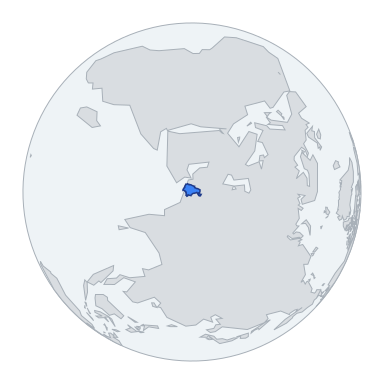 Sistan and Baluchestan highlighted on a globe, orthographic projection, rotated 108°
{"feature_id": "IRN-3247", "entity_name": "Sistan and Baluchestan", "entity_type": "Province", "adm_level": 1, "iso_a3": "IRN", "parent_name": "Iran", "parent_adm1": "", "projection": "orthographic", "projection_center": [61.271, 28.254], "detail": "medium", "context": "on_globe", "style": "filled", "palette": "blue", "viewbox_px": 384, "rotation_deg": 108, "n_neighbors": 0, "source": "natural_earth", "source_scale": "10m", "svg_char_len": 11877}
<svg xmlns="http://www.w3.org/2000/svg" viewBox="0 0 384 384"><g transform="rotate(108 192 192)"><circle cx="192" cy="192" r="169" fill="#eef3f6" stroke="#a8b0b8"/><path d="M224.4,26.2L231.1,27.7L239.2,29.8L234.9,28.8L252.4,34.2L262.8,38.7L249.0,33.0L246.1,32.1L252.2,34.6L250.5,34.2L252.5,35.4L249.9,35.0L242.0,32.2L240.2,32.0L244.6,33.9L244.8,34.9L238.6,32.2L238.3,33.9L225.1,30.8L210.6,25.7L201.2,25.4L180.9,24.3L180.7,24.8L172.9,25.3L169.8,26.2L166.9,26.2L167.0,27.0L170.2,26.9L171.3,27.3L169.8,27.9L165.8,27.9L166.0,27.5L164.1,27.9L162.7,27.7L162.5,28.2L157.9,28.3L160.2,29.2L154.6,30.3L152.1,30.2L155.4,28.8L157.9,26.6L156.9,26.7L170.3,24.4L183.8,23.2L197.4,23.1L210.9,24.1L224.4,26.2ZM130.4,34.7L129.4,35.2L135.5,33.1L135.9,33.2L140.9,32.0L136.8,33.8L130.2,36.4L125.8,37.7L122.8,39.0L124.2,39.5L113.5,43.9L102.0,51.0L99.6,52.2L99.7,51.0L106.4,46.3L118.2,40.0L130.4,34.7ZM103.8,47.9L103.1,48.3L99.7,50.4L103.8,47.9ZM93.9,54.4L93.1,55.0L94.1,54.4L91.3,56.4L92.0,55.8L93.9,54.4ZM245.3,31.7L241.9,30.6L245.8,31.8L245.3,31.7ZM253.2,35.7L254.7,36.2L255.1,36.6L253.2,35.7ZM142.8,31.1L141.8,31.6L141.4,31.5L142.8,31.1ZM145.8,30.4L146.0,30.0L147.5,29.6L147.3,29.8L145.8,30.4ZM251.5,36.5L251.6,37.2L250.1,35.9L251.5,36.5ZM145.3,30.9L150.1,29.0L152.7,28.4L154.3,28.7L145.3,30.9ZM250.8,37.4L251.2,39.7L254.7,40.9L245.2,39.3L248.0,37.6L245.6,35.6L248.7,37.0L250.8,37.4ZM171.9,26.6L168.4,26.7L172.7,26.1L171.9,26.6ZM174.4,26.1L186.2,24.4L190.6,24.8L185.8,25.1L192.6,25.5L189.0,26.5L184.4,26.5L182.3,26.0L182.5,26.9L174.4,26.1ZM239.9,38.3L238.8,38.6L238.4,37.8L239.9,38.3ZM172.1,27.4L174.1,26.9L178.0,27.1L174.8,28.3L174.5,27.8L172.1,27.4ZM196.2,25.3L198.6,25.9L196.3,26.8L196.9,27.2L189.3,26.6L196.2,25.3ZM172.9,28.1L173.0,28.9L169.8,29.4L170.4,28.0L172.9,28.1ZM180.4,26.8L182.2,27.0L180.1,27.2L180.4,26.8ZM158.3,32.4L160.6,31.4L162.9,31.4L158.3,32.4ZM173.3,29.2L174.5,29.0L175.6,29.0L175.0,29.7L173.3,29.2ZM188.2,27.4L186.8,27.8L191.2,27.7L189.7,28.6L184.9,28.2L186.3,28.8L185.9,29.1L182.5,28.4L188.2,27.4ZM177.9,30.4L171.3,30.5L166.6,32.1L164.4,32.1L172.4,29.6L177.9,30.4ZM180.9,29.2L178.6,29.9L177.1,29.4L177.7,28.6L180.9,29.2ZM190.4,29.5L194.0,28.2L194.9,28.4L190.4,29.5ZM176.9,30.9L178.5,30.9L176.7,31.1L176.9,30.9ZM186.6,30.0L187.7,29.4L188.7,29.6L186.6,30.0ZM180.8,31.5L178.7,31.4L179.0,30.8L180.8,31.5ZM183.7,30.9L184.8,31.3L180.4,30.6L184.0,30.6L183.7,30.9ZM187.4,30.3L188.3,30.2L186.7,30.5L187.4,30.3ZM180.6,34.0L175.0,33.3L175.8,31.9L181.2,32.7L180.6,34.0ZM31.6,197.5L31.7,169.1L35.3,162.3L38.5,151.6L65.6,130.2L68.5,135.5L86.5,141.1L88.2,143.6L83.0,151.1L94.0,168.2L101.3,163.0L114.4,173.6L125.1,176.3L134.5,161.3L116.9,156.6L117.0,147.9L133.5,145.0L149.3,149.7L149.9,146.5L142.5,137.5L148.8,133.0L140.2,134.0L141.7,137.7L136.4,138.7L134.7,135.4L137.0,133.8L133.0,131.2L123.2,140.4L123.6,145.1L111.5,143.5L111.1,151.5L106.8,153.8L105.9,141.3L108.1,137.5L104.2,122.7L100.9,126.4L104.3,140.8L102.0,138.9L97.6,144.8L99.2,138.9L96.3,122.8L87.1,121.2L70.8,131.8L66.4,130.3L64.8,124.4L75.5,109.8L84.1,115.0L88.0,110.6L90.2,101.8L92.6,104.4L94.6,101.6L98.3,103.5L107.3,99.5L111.6,100.8L119.0,93.3L122.2,93.2L116.9,97.5L115.6,101.6L126.7,105.7L130.0,104.8L133.9,99.8L136.5,101.8L138.8,96.5L147.1,96.9L138.9,92.2L143.3,86.9L150.3,84.3L150.3,81.9L138.8,86.3L135.6,88.9L135.1,92.4L124.9,99.8L120.3,99.8L125.4,89.4L119.3,88.5L126.0,81.5L152.9,72.8L162.2,72.7L169.6,83.3L165.3,86.0L160.4,83.4L161.4,90.5L163.0,87.6L165.2,89.6L169.8,85.7L171.6,86.9L173.1,81.3L175.8,82.4L174.8,86.0L184.0,81.8L190.5,83.3L191.8,81.9L191.3,79.8L199.9,83.5L200.5,82.3L197.8,80.6L197.2,77.1L199.4,72.7L202.3,74.2L201.9,76.0L205.3,82.4L203.8,87.3L205.2,87.6L207.2,83.6L203.0,75.8L203.5,72.8L206.2,76.1L205.3,74.6L206.4,73.6L210.3,74.2L207.7,70.5L216.6,59.0L224.9,59.5L226.3,63.4L235.6,58.6L244.3,60.5L241.8,58.7L244.6,55.9L241.9,55.2L240.9,54.2L246.9,47.9L250.5,47.9L250.3,44.2L249.0,43.5L246.3,43.1L245.2,39.3L254.7,40.9L257.0,42.4L261.4,42.8L266.2,46.5L272.1,50.2L274.9,54.7L279.4,57.6L280.5,57.5L287.5,61.6L297.8,71.5L284.3,64.0L267.8,51.5L274.1,56.4L271.1,55.6L272.4,57.7L277.0,61.4L278.5,61.5L277.8,70.9L285.7,83.3L288.9,80.5L293.9,82.8L305.7,96.9L310.9,121.6L317.6,126.7L320.0,131.2L318.6,135.6L315.0,129.1L310.9,128.3L309.1,124.2L305.6,129.9L302.9,124.3L301.5,131.9L305.3,135.5L309.4,132.2L309.3,141.7L317.3,147.2L321.5,156.4L319.0,177.1L311.6,186.1L311.9,189.3L307.3,187.4L303.7,195.3L314.3,209.4L314.8,214.4L307.8,226.7L307.2,223.2L295.0,218.1L294.6,230.4L303.9,237.1L307.1,247.2L300.7,245.9L297.2,237.2L292.9,235.0L292.8,224.7L286.8,210.7L280.2,215.4L279.5,209.2L270.2,198.2L260.2,204.5L245.0,223.9L245.0,239.8L238.9,247.4L226.5,226.1L223.0,210.8L217.2,212.7L205.6,200.1L181.7,199.2L179.5,195.0L174.7,196.8L166.7,192.1L163.7,185.1L158.3,185.1L166.6,203.5L172.5,203.6L179.0,197.2L180.1,203.6L188.0,209.5L175.1,223.9L141.6,233.8L140.3,221.6L125.1,185.1L126.7,181.5L126.7,181.1L126.7,180.3L123.2,185.9L121.3,178.7L127.3,203.8L127.4,213.9L141.1,234.4L139.4,236.0L144.4,240.4L162.9,238.0L162.5,241.9L152.6,258.6L128.7,278.0L133.1,293.3L133.3,304.9L121.1,309.7L124.9,318.5L118.9,319.8L120.3,324.3L117.1,327.5L110.6,329.1L96.8,324.0L93.8,319.9L83.7,309.2L68.7,284.3L69.9,275.8L67.8,267.0L58.0,243.6L60.0,233.8L57.9,227.8L53.4,226.3L51.2,219.1L48.7,217.2L34.5,209.0L31.6,197.5ZM53.0,144.2L51.4,147.2L53.0,144.2ZM164.0,163.2L174.8,165.2L173.4,154.4L177.5,154.5L175.5,151.0L173.3,153.7L169.1,144.3L175.0,142.0L175.5,137.5L171.9,136.7L161.7,142.6L167.7,155.8L163.7,159.6L164.0,163.2ZM96.2,52.8L94.7,53.9L94.8,53.8L96.2,52.8ZM90.6,58.1L86.3,61.1L89.5,58.7L88.8,58.8L94.6,54.2L98.7,52.7L95.8,54.0L90.6,58.1ZM103.4,48.2L99.3,50.9L103.7,48.1L103.4,48.2ZM101.9,86.4L101.8,88.9L98.5,91.4L93.1,90.9L97.9,87.2L101.9,86.4ZM102.5,92.1L109.1,82.6L112.8,83.0L109.6,84.3L111.4,85.5L106.7,88.0L103.8,98.1L100.7,101.0L92.3,97.7L96.8,97.0L96.6,94.3L102.5,92.1ZM119.5,62.0L122.4,59.0L126.6,63.4L123.4,65.8L117.8,65.1L118.2,61.9L119.5,62.0ZM147.4,32.3L148.2,31.7L149.3,31.6L149.5,32.0L147.4,32.3ZM159.2,31.9L144.8,35.3L145.1,34.6L136.4,38.0L133.6,37.6L139.4,35.4L130.7,37.9L134.8,35.8L128.9,37.8L141.9,32.8L145.2,31.3L142.6,33.0L145.0,33.3L147.1,33.0L155.3,31.1L163.6,28.6L167.4,28.8L167.8,29.7L166.4,30.3L164.4,29.9L163.9,31.1L160.0,31.0L159.2,31.9ZM170.8,45.8L169.1,43.9L167.5,48.3L163.5,47.4L163.6,48.0L159.4,48.5L154.6,50.2L153.2,49.5L151.9,50.5L149.1,51.0L146.9,52.2L143.7,51.5L140.6,53.0L140.8,51.9L136.5,54.8L138.3,52.3L134.9,53.1L134.9,55.1L123.1,50.2L116.8,50.8L110.5,52.9L114.5,49.0L122.9,44.8L132.7,41.6L138.3,41.9L139.1,40.3L142.0,40.1L140.1,41.4L144.7,39.3L146.5,39.5L155.4,37.9L160.7,35.2L164.1,34.8L162.9,36.0L167.1,34.8L167.2,36.9L169.6,36.7L172.0,38.8L168.4,41.6L171.4,41.2L173.4,43.1L170.8,45.8ZM181.1,34.6L177.7,37.6L173.8,38.8L171.1,34.7L168.9,34.6L167.1,32.5L172.7,31.0L172.7,31.7L174.0,32.0L171.7,32.3L174.6,32.4L174.7,33.4L176.9,33.8L175.2,34.6L181.1,34.6ZM92.1,141.6L93.8,142.8L96.9,143.7L94.2,147.7L92.1,141.6ZM89.9,130.7L91.8,130.9L89.4,136.5L87.6,135.4L89.9,130.7ZM94.8,126.6L92.0,130.5L92.5,127.8L94.8,126.6ZM118.8,97.6L121.0,97.8L120.4,99.1L118.3,100.5L118.8,97.6ZM165.1,60.2L164.8,58.6L165.9,58.2L168.5,54.7L171.6,55.3L171.3,57.7L165.1,60.2ZM130.3,163.3L126.1,165.5L125.0,163.6L126.6,163.2L130.3,163.3ZM108.3,156.6L112.4,160.2L107.5,157.7L108.3,156.6ZM169.0,60.3L169.7,58.7L170.8,60.0L169.0,60.3ZM174.1,55.6L175.7,56.9L172.3,55.0L174.1,55.6ZM206.9,356.1L209.1,356.6L206.2,356.8L206.9,356.1ZM161.5,306.9L154.5,325.1L146.6,324.1L143.6,318.4L145.0,307.1L153.6,304.7L157.4,299.5L161.5,306.9ZM332.8,258.9L335.4,257.7L335.2,258.5L332.8,258.9ZM330.2,258.3L333.4,256.6L329.5,260.1L330.2,258.3ZM334.6,255.9L337.8,252.6L339.2,250.6L338.8,252.1L334.6,255.9ZM328.0,259.7L314.4,266.2L308.7,266.8L310.4,263.8L319.6,260.4L328.0,259.7ZM309.9,263.9L300.8,260.4L286.1,243.8L291.4,242.7L306.3,250.6L305.4,253.1L311.0,256.6L309.9,263.9ZM330.8,241.4L329.9,248.3L322.7,251.5L319.3,252.1L316.9,244.8L318.3,239.9L321.2,238.7L330.8,218.6L334.5,220.3L331.9,228.2L334.8,232.4L330.8,241.4ZM245.9,241.2L250.4,249.7L246.9,251.7L245.9,241.2ZM333.5,205.9L330.4,214.7L332.8,203.9L333.5,205.9ZM334.2,196.4L335.0,199.6L332.9,197.3L334.2,196.4ZM312.9,194.0L309.9,196.1L309.2,193.8L312.7,189.7L312.9,194.0ZM324.6,164.3L326.8,171.3L327.0,174.0L324.5,170.5L324.6,164.3ZM196.8,66.3L189.8,70.3L186.8,74.3L188.4,77.9L183.1,74.8L187.7,68.7L196.8,66.3ZM213.8,59.6L212.4,56.9L215.0,57.3L215.7,58.0L213.8,59.6ZM211.6,58.6L206.1,56.9L206.6,54.9L210.8,56.6L211.6,58.6ZM187.4,57.9L185.1,58.9L184.2,57.7L187.4,57.9ZM327.6,292.8L327.4,293.0L307.7,313.4L304.7,314.8L308.4,310.6L311.7,301.7L312.9,301.1L315.8,293.9L329.2,280.3L339.7,262.1L343.7,259.0L348.8,246.2L351.9,242.5L349.1,251.5L350.0,251.9L356.1,231.5L354.9,237.0L351.1,248.9L346.5,260.5L341.0,271.7L334.7,282.5L327.6,292.8ZM339.1,255.2L343.1,247.7L344.8,245.8L339.1,255.2ZM358.3,221.9L358.4,220.8L356.8,228.0L354.4,232.5L355.5,228.3L355.7,224.4L352.0,227.7L351.3,225.7L353.0,221.9L350.0,222.8L353.3,217.8L354.3,222.5L356.0,215.5L358.1,213.0L359.4,211.3L359.7,212.8L359.3,215.4L359.3,215.9L358.3,221.9ZM352.5,231.4L353.0,230.8L352.4,233.2L352.5,231.4ZM345.8,233.0L345.5,234.8L344.5,234.4L345.8,233.0ZM347.2,230.8L350.0,229.9L346.8,232.5L347.2,230.8ZM336.7,232.7L337.8,236.0L341.3,231.1L338.6,236.6L340.5,241.7L339.6,244.8L337.7,239.1L336.4,247.1L334.8,248.0L334.3,242.2L336.1,233.3L337.7,229.0L343.8,223.4L336.7,232.7ZM347.3,225.8L346.5,221.7L347.0,218.0L348.0,219.8L347.3,225.8ZM343.3,212.3L340.3,208.5L338.1,212.3L341.8,201.1L344.3,206.6L343.3,212.3ZM339.7,201.5L337.8,205.0L339.4,198.9L339.7,201.5ZM336.9,203.5L336.1,199.7L337.9,199.1L336.9,203.5ZM340.9,200.9L340.2,194.0L341.7,197.3L340.9,200.9ZM333.6,191.5L338.7,195.4L333.1,195.9L330.0,183.3L332.1,181.6L333.6,191.5ZM327.0,132.7L324.9,129.5L326.0,127.4L327.2,130.1L327.0,132.7ZM327.6,118.8L325.6,125.9L323.6,132.0L325.5,132.7L327.5,139.4L323.1,135.2L322.4,126.6L324.4,123.0L322.1,117.8L321.9,112.8L317.8,107.2L316.9,103.9L321.2,108.1L327.6,118.8ZM316.0,105.0L308.8,94.8L312.1,93.8L314.4,95.8L316.3,100.8L314.5,101.0L316.0,105.0ZM308.0,92.2L306.1,92.4L291.6,80.6L289.3,78.0L302.2,85.8L301.1,86.5L304.1,89.8L308.0,92.2ZM240.6,39.3L239.0,38.7L240.6,38.8L240.6,39.3ZM239.4,53.9L238.4,52.6L240.4,52.6L239.4,53.9ZM236.6,49.1L235.1,50.0L235.5,48.4L236.6,49.1ZM231.8,52.2L233.9,50.0L233.7,53.1L231.8,52.2Z" fill="#d9dde1" stroke="#a8b0b8" stroke-width="1"/><path d="M191.6,182.6L193.0,182.8L193.2,183.0L193.4,183.8L193.3,184.0L193.3,184.4L190.9,187.3L192.0,188.6L192.2,189.0L192.3,189.2L192.3,189.3L192.6,189.6L192.6,189.8L192.8,190.2L193.0,190.5L193.6,191.1L194.0,191.3L194.8,191.5L195.1,191.7L195.2,191.8L195.4,192.1L195.8,192.0L195.8,192.7L195.9,193.2L196.0,194.2L195.9,194.6L196.0,194.8L195.9,194.9L196.0,195.0L196.3,195.0L197.0,194.9L197.2,195.0L197.4,195.3L197.2,195.3L197.1,195.5L197.2,195.8L197.2,196.0L197.0,196.6L196.9,196.8L195.9,196.7L195.8,196.8L195.0,197.0L194.7,197.2L194.6,197.4L194.6,197.6L194.3,197.5L194.2,197.7L193.5,198.0L193.3,199.2L193.1,199.2L193.0,199.3L193.1,199.5L193.0,199.8L192.9,200.7L192.8,201.0L192.8,200.8L192.7,200.9L192.8,201.0L192.6,201.0L192.4,201.3L191.8,201.2L191.7,201.1L191.4,201.0L190.3,200.8L190.3,200.7L190.2,200.6L190.2,200.4L189.8,200.3L189.7,200.5L189.8,200.6L189.5,200.6L189.4,200.5L189.2,200.5L188.9,200.6L188.5,200.5L188.4,200.6L188.0,200.4L187.6,200.4L187.4,200.4L187.2,200.2L186.6,200.3L186.6,200.2L186.4,199.7L186.2,199.3L185.5,198.8L185.5,198.6L185.7,198.4L185.8,197.9L185.9,197.7L185.7,197.3L185.9,197.1L185.7,196.9L185.9,196.5L185.8,196.2L185.6,196.0L185.5,195.0L185.8,193.8L185.8,192.4L186.1,192.0L186.2,191.8L185.8,191.3L186.3,191.1L186.9,190.8L187.1,190.6L187.1,190.4L187.0,190.2L187.0,189.8L187.0,189.6L187.2,189.3L187.3,189.0L187.3,188.7L187.2,188.1L187.1,187.8L187.0,187.7L187.5,185.0L189.5,184.5L190.1,184.7L190.4,184.9L190.8,185.5L191.0,185.7L191.4,185.6L191.3,184.7L191.4,183.9L191.6,183.1L191.7,182.8L191.6,182.6Z" fill="#3b82f6" stroke="#1e3a8a" stroke-width="1.5"/></g></svg>